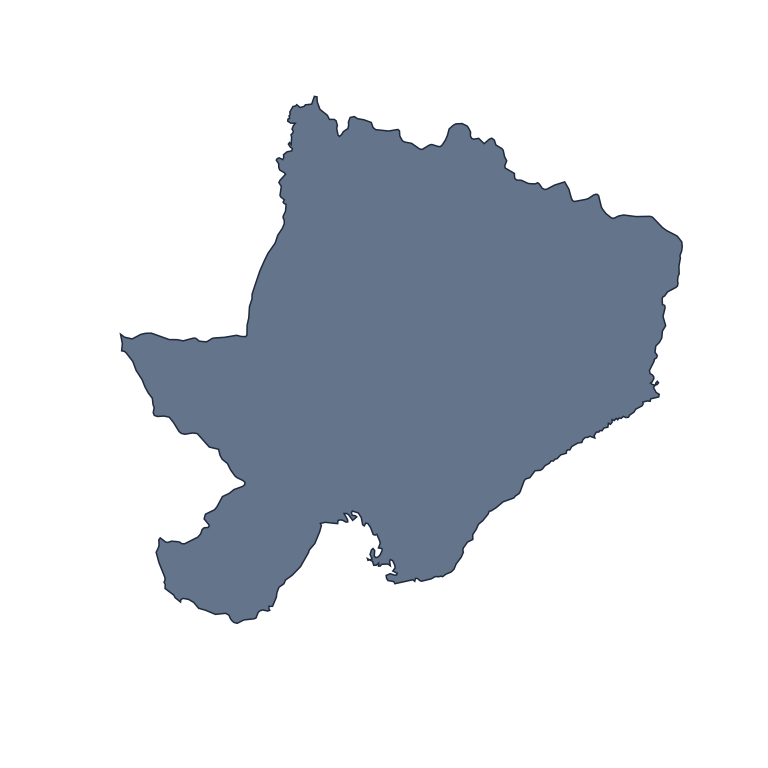 the district of Arinos, Minas Gerais, Brazil, rotated 17°
{"feature_id": "56859067B82279681596655", "entity_name": "Arinos", "entity_type": "district", "adm_level": 2, "iso_a3": "BRA", "parent_name": "Brazil", "parent_adm1": "Minas Gerais", "projection": "albers", "projection_center": [-46.019, -15.804], "detail": "fine", "context": "isolated", "style": "filled", "palette": "slate", "viewbox_px": 768, "rotation_deg": 17, "n_neighbors": 0, "source": "geoboundaries", "source_scale": "gbopen_adm2", "svg_char_len": 6172}
<svg xmlns="http://www.w3.org/2000/svg" viewBox="0 0 768 768"><g transform="rotate(17 384 384)"><path d="M643.8,305.8L640.8,306.0L638.6,305.2L639.7,303.8L640.5,300.0L639.9,298.3L638.1,296.9L635.4,296.2L633.9,293.5L635.6,283.5L635.3,281.3L637.0,279.3L637.0,276.8L633.9,274.4L632.8,268.3L635.2,263.6L636.2,258.8L634.8,252.1L636.3,245.9L631.1,237.9L630.5,228.8L629.4,226.8L627.1,226.6L625.1,221.3L625.2,219.3L626.6,217.8L628.3,212.9L635.0,206.2L636.0,204.5L635.7,201.7L634.5,199.3L633.7,194.9L634.1,192.5L631.6,185.0L630.6,176.8L629.5,174.9L629.8,169.9L629.0,165.3L627.2,161.0L621.1,156.8L609.2,154.6L604.4,152.9L592.1,146.0L589.3,145.9L576.1,150.2L563.8,152.3L559.3,154.7L555.3,158.4L552.9,158.7L546.3,156.1L542.0,153.0L540.2,151.3L534.2,141.2L532.6,140.3L530.7,140.8L528.9,142.3L525.3,146.8L522.9,148.5L512.7,153.8L510.7,153.5L508.9,151.6L503.8,143.6L497.7,137.9L489.1,143.8L482.5,150.3L480.4,151.0L478.0,150.5L473.9,147.2L472.1,146.6L470.1,148.4L465.3,149.7L462.9,150.0L455.7,149.0L451.1,150.2L448.8,149.0L447.1,144.5L436.7,142.0L435.7,139.9L436.1,134.7L432.8,131.3L429.7,125.7L428.2,124.5L421.1,122.7L418.2,118.5L415.2,117.4L413.2,119.0L409.5,124.9L402.7,121.4L398.1,123.7L395.9,123.4L394.1,121.5L393.1,117.7L389.9,114.4L388.1,113.0L382.6,112.1L376.7,114.2L374.7,116.2L371.7,121.1L372.0,127.5L371.4,132.9L369.6,138.9L368.4,140.4L366.7,141.0L359.6,141.0L357.7,142.1L351.8,148.6L349.3,148.8L340.1,145.8L333.4,146.5L330.6,146.1L326.6,142.2L324.8,137.4L322.9,136.5L314.5,140.7L301.7,143.2L298.5,141.9L295.4,137.6L287.4,137.2L281.0,138.0L277.5,136.9L273.7,139.0L273.4,143.9L274.5,146.8L274.8,150.3L271.4,154.4L270.5,158.0L269.0,160.2L267.3,159.4L264.7,154.7L263.8,152.8L264.0,150.7L261.2,146.3L259.1,145.5L254.4,146.9L251.3,143.6L242.5,140.1L237.6,133.6L236.0,129.0L233.3,129.3L233.0,137.5L227.2,140.0L226.4,141.9L222.9,144.1L218.9,142.4L218.1,144.1L215.8,145.2L214.4,151.4L215.5,153.9L214.8,155.5L216.1,157.5L214.7,158.8L215.1,160.8L218.4,161.8L222.9,160.6L221.8,163.5L221.5,167.2L223.4,168.7L223.3,170.8L222.2,172.8L223.5,175.0L225.2,182.1L223.1,180.7L222.4,182.5L224.8,184.6L227.6,185.8L227.5,188.1L223.4,190.3L220.9,194.0L221.9,196.9L221.6,199.0L217.6,198.4L216.1,199.6L215.5,201.4L218.8,204.1L220.2,208.0L222.0,210.0L226.7,211.0L228.5,212.2L225.0,219.6L224.6,222.1L228.0,225.0L229.4,234.1L230.7,235.4L234.9,237.0L234.3,239.5L235.6,240.6L237.8,240.8L239.3,247.5L238.5,253.1L239.1,254.9L240.5,256.1L241.8,260.1L241.2,265.1L238.9,272.7L238.7,281.1L234.9,292.7L233.6,300.6L232.2,312.3L231.7,330.0L231.6,336.6L232.9,341.3L232.7,349.3L235.3,360.1L235.9,367.8L238.6,377.3L237.9,379.1L233.6,380.3L228.8,380.5L218.0,385.9L208.3,389.6L206.4,390.6L202.3,395.3L199.8,396.1L194.8,397.0L190.6,395.3L188.4,395.8L179.2,401.5L173.5,402.0L165.7,404.3L146.7,403.4L141.2,405.2L137.0,407.6L130.0,414.5L122.2,415.1L117.5,413.4L122.0,421.9L123.4,429.0L126.2,428.7L128.3,429.6L137.2,435.9L143.0,443.5L151.4,450.6L156.2,456.6L161.3,461.6L166.6,465.4L169.2,471.3L171.1,473.8L171.7,478.9L173.5,481.2L176.8,481.3L183.0,479.0L188.3,478.5L194.0,482.4L201.8,489.3L204.5,490.5L208.2,490.3L215.3,486.8L219.9,486.0L235.4,495.4L244.9,494.8L248.0,500.1L251.3,503.3L257.5,505.8L262.4,511.0L268.3,515.5L270.6,516.5L277.6,517.6L279.9,518.8L280.2,521.0L278.7,523.3L271.4,528.8L268.1,533.7L262.4,538.9L260.1,550.5L258.6,553.9L251.3,560.7L251.4,565.6L258.3,570.2L257.8,572.6L254.0,574.1L252.6,576.3L252.5,580.9L250.7,584.9L240.0,595.1L237.3,595.8L234.7,594.9L232.5,595.2L226.8,596.4L223.6,598.7L221.5,599.0L215.0,596.6L214.2,598.8L216.0,603.8L216.1,606.5L215.3,611.6L221.2,620.9L230.9,632.9L231.9,635.2L231.6,637.9L233.4,639.7L234.4,643.6L244.8,647.4L246.7,649.4L253.2,652.0L252.8,649.7L254.5,647.8L260.1,647.1L266.1,648.6L272.3,652.7L279.1,652.5L290.1,653.6L299.6,649.6L303.3,650.4L306.0,653.6L308.1,655.0L310.3,655.9L313.6,655.8L319.0,650.6L328.3,646.6L330.0,645.2L330.5,639.1L331.7,637.2L333.8,635.6L339.2,635.1L340.9,633.8L339.6,632.5L339.0,630.3L342.4,629.2L343.4,619.5L342.6,614.7L343.0,609.0L346.7,604.3L347.1,600.3L352.0,593.9L357.5,583.2L361.1,567.3L361.1,564.5L364.5,556.7L365.7,544.0L365.5,537.7L363.9,536.0L368.1,533.5L380.5,531.1L380.0,527.9L382.0,526.7L384.4,526.4L388.0,527.2L389.7,526.4L388.8,524.4L383.7,519.5L385.8,518.8L388.2,519.2L393.9,523.6L396.8,519.1L394.9,518.3L392.1,518.9L390.5,516.8L390.8,514.8L397.1,514.8L401.3,518.4L404.8,524.9L406.6,525.5L407.3,522.3L409.4,522.2L413.1,525.2L417.7,531.1L419.7,531.1L421.1,529.8L425.7,535.3L427.0,537.5L426.6,542.4L430.0,542.0L430.9,543.6L430.3,548.1L429.1,550.9L427.1,552.4L425.0,551.4L423.8,546.0L421.6,544.5L420.5,546.3L420.5,551.1L423.7,554.7L421.8,556.4L424.9,557.0L427.2,560.4L429.7,559.5L431.3,556.8L432.0,559.8L433.6,559.2L434.6,557.1L439.2,555.4L440.9,555.1L443.2,556.0L441.3,552.2L441.4,550.0L443.9,550.4L447.3,554.2L448.4,556.6L447.1,560.3L451.9,561.1L451.8,562.9L450.0,563.7L445.4,563.6L442.0,566.5L443.2,569.0L445.2,570.8L451.2,570.1L452.8,571.8L468.8,562.8L471.1,563.7L470.9,560.7L472.8,560.2L475.9,561.6L477.6,561.6L486.2,556.5L489.4,553.1L492.8,552.3L494.6,551.1L496.3,551.2L498.8,547.8L503.1,544.2L505.1,540.7L505.6,535.0L508.4,527.4L509.1,521.7L508.0,520.0L507.8,517.8L510.1,510.7L514.4,506.7L512.9,502.2L514.7,495.9L515.4,490.4L518.4,485.9L521.6,477.9L521.8,475.1L523.8,473.8L527.5,469.4L532.3,461.9L541.5,455.0L542.3,452.8L545.1,449.4L545.7,447.2L546.4,435.3L547.3,433.4L550.9,430.9L553.8,422.8L558.6,420.9L560.3,419.1L561.9,415.0L565.3,411.4L566.2,408.8L568.5,408.1L569.5,405.9L571.4,404.8L573.6,400.2L578.6,396.9L578.1,394.5L579.2,393.1L580.9,392.8L581.9,388.8L586.7,383.7L590.3,382.1L590.5,379.1L592.0,376.4L594.5,375.4L596.0,373.8L601.4,374.0L600.1,372.1L601.1,368.0L603.5,367.1L604.1,365.4L606.1,365.0L607.3,361.7L610.7,359.9L610.1,355.9L612.3,356.4L613.3,354.0L612.6,351.3L614.9,351.7L616.1,349.0L618.0,349.9L618.7,347.8L620.8,347.6L622.4,345.0L625.2,345.4L627.5,344.3L628.1,341.8L631.3,337.7L632.1,334.5L637.1,329.5L637.7,327.4L636.8,325.6L640.8,323.2L643.6,322.7L643.4,320.2L650.5,316.1L650.2,313.4L646.7,312.5L642.7,308.5L643.8,305.8ZM643.8,305.8L645.4,304.6L646.2,302.6L644.6,301.5L643.7,303.4L643.8,305.8ZM421.8,556.4L419.2,555.8L420.2,557.3L421.8,556.4Z" fill="#64748b" stroke="#1e293b" stroke-width="1.5"/></g></svg>